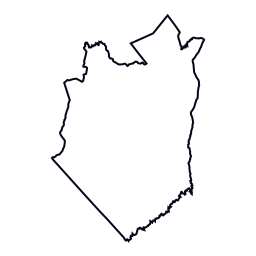 the district of Chepalungu, Rift Valley, Kenya
{"feature_id": "3690345B98705633113269", "entity_name": "Chepalungu", "entity_type": "district", "adm_level": 2, "iso_a3": "KEN", "parent_name": "Kenya", "parent_adm1": "Rift Valley", "projection": "equal_earth", "projection_center": [35.269, -0.895], "detail": "fine", "context": "isolated", "style": "outline", "palette": "ink", "viewbox_px": 256, "rotation_deg": 0, "n_neighbors": 0, "source": "geoboundaries", "source_scale": "gbopen_adm2", "svg_char_len": 5797}
<svg xmlns="http://www.w3.org/2000/svg" viewBox="0 0 256 256"><path d="M101.2,41.9L100.5,42.3L100.0,41.8L99.3,41.7L99.3,42.5L98.9,42.9L98.6,43.9L98.8,44.8L98.3,45.1L98.0,44.6L97.9,43.8L97.4,43.2L96.9,43.6L96.1,43.2L96.0,44.3L95.4,45.0L94.9,44.6L94.3,45.1L93.9,45.7L93.3,45.6L92.9,46.3L92.4,46.3L91.9,45.7L91.6,46.6L91.1,47.4L90.3,47.2L89.6,47.6L89.0,47.4L88.7,46.3L88.8,45.3L87.9,44.4L87.3,44.1L87.5,43.3L86.9,42.6L85.7,42.6L85.4,42.9L85.0,44.2L85.2,46.2L83.9,47.9L84.3,48.9L86.4,51.4L86.3,52.6L85.5,56.1L84.5,59.7L84.1,61.5L84.2,62.2L84.5,62.9L84.3,63.7L83.5,65.4L83.3,66.5L83.7,66.9L85.9,66.9L86.9,67.7L87.1,68.4L86.1,73.8L85.6,74.1L84.0,74.4L83.5,74.9L84.0,76.9L83.9,77.7L83.3,80.3L83.0,80.9L82.6,81.4L82.2,81.8L76.5,78.8L75.7,78.7L72.8,79.2L69.1,80.4L67.4,80.0L64.2,82.8L69.8,100.2L68.9,102.1L68.5,103.4L68.3,105.2L68.3,107.2L67.6,108.7L67.5,109.5L67.2,110.2L66.8,110.8L66.6,111.5L65.4,115.9L65.6,117.7L65.2,118.4L64.8,119.7L64.4,119.9L64.3,120.8L63.7,122.1L63.8,122.7L63.9,124.9L63.6,125.6L62.7,126.7L62.1,127.9L61.6,130.3L60.2,132.0L60.0,132.7L60.3,133.7L60.7,134.8L61.5,136.2L64.5,140.1L64.8,141.1L64.8,142.4L64.3,146.1L64.0,147.2L63.1,148.6L62.5,150.7L61.9,151.5L60.4,153.3L59.4,154.6L58.2,154.6L56.8,155.1L56.2,155.8L55.5,156.3L55.0,156.8L54.4,157.2L52.5,157.3L52.0,158.1L53.2,159.8L85.4,195.6L100.8,212.5L106.7,218.6L124.2,238.0L124.5,239.0L124.9,239.6L125.4,240.0L126.0,239.9L126.2,240.5L126.8,240.2L127.3,239.3L127.8,239.7L128.4,240.6L128.5,240.1L129.3,240.1L130.8,239.0L131.1,238.3L130.4,237.4L130.9,235.8L132.4,236.0L132.7,235.5L132.3,235.0L132.5,233.6L133.4,234.8L134.5,235.0L135.5,234.6L136.5,233.8L137.2,230.6L137.6,229.8L137.7,229.0L138.2,228.5L138.8,228.4L139.3,228.6L139.6,228.0L140.1,227.7L140.5,227.8L140.6,228.6L141.8,228.8L142.2,229.4L142.8,229.8L143.6,229.7L144.3,230.0L144.1,229.3L143.4,228.1L143.6,227.3L144.2,227.4L144.7,227.9L146.7,226.8L147.1,226.3L148.0,226.1L148.2,225.4L148.7,224.8L149.3,224.8L149.8,224.4L150.2,223.5L150.3,222.6L150.6,221.9L150.4,221.1L151.1,221.4L151.6,222.1L152.2,222.6L153.2,220.5L153.9,220.2L154.4,220.5L155.0,221.1L155.0,220.2L155.4,219.5L155.5,218.8L156.0,218.9L157.0,218.2L157.5,218.4L159.0,217.5L159.1,216.8L159.5,215.6L160.0,215.5L160.0,216.2L160.4,215.7L160.9,214.2L161.4,213.9L161.5,214.6L162.2,214.8L162.9,214.6L163.0,215.3L163.5,215.3L164.5,214.1L165.2,213.8L165.6,213.4L166.1,212.3L166.3,211.6L166.8,211.6L167.2,212.1L167.7,211.5L168.3,211.8L168.9,211.7L168.7,211.0L168.7,209.6L168.2,209.0L168.4,207.5L168.8,208.0L169.6,208.0L170.9,206.8L170.2,206.5L170.0,205.6L170.7,204.1L171.8,204.0L172.6,202.8L173.2,202.3L172.9,201.6L173.3,201.2L174.1,201.9L174.8,202.0L175.7,200.1L176.3,199.8L176.7,200.2L177.5,200.4L178.1,200.3L178.9,198.7L179.7,197.5L180.4,197.1L179.8,196.8L178.9,196.0L179.3,195.4L179.9,195.1L180.4,194.6L180.7,194.0L181.0,192.3L181.6,191.8L182.0,192.2L182.4,193.0L183.0,193.5L184.2,193.9L184.6,194.6L185.3,194.4L185.5,193.5L185.3,192.9L184.8,192.2L185.0,191.3L185.4,190.7L186.0,190.4L186.3,190.9L186.8,190.8L187.1,190.2L187.4,189.4L188.1,188.8L189.0,188.3L189.3,189.1L189.8,189.5L190.4,189.6L190.5,190.5L189.7,191.5L191.0,192.1L190.9,193.0L191.2,193.6L191.8,194.1L191.9,192.5L191.6,191.3L191.6,190.4L191.2,189.4L191.7,188.9L192.3,188.6L192.5,188.0L191.8,187.6L191.9,186.7L192.3,185.8L191.5,185.7L191.9,184.9L192.0,184.1L191.5,183.8L191.3,183.0L190.7,182.8L190.9,182.1L190.7,181.5L190.3,180.9L191.2,180.5L191.1,178.9L190.4,177.3L190.1,175.2L190.4,174.2L190.5,173.5L189.8,172.2L189.6,169.8L189.4,168.3L189.6,167.4L189.1,165.6L189.1,164.6L188.4,163.1L189.5,161.8L189.8,160.1L190.2,159.4L190.1,158.5L191.0,156.2L190.7,155.2L190.2,154.4L190.0,153.4L190.2,152.7L190.2,152.0L190.1,151.3L189.7,149.7L189.7,148.8L189.4,148.1L188.9,147.7L188.2,147.5L188.3,146.8L188.1,144.9L188.9,143.9L189.0,143.2L188.7,142.5L188.5,141.7L188.9,140.9L188.8,140.1L189.6,139.2L189.8,137.6L190.4,136.2L190.2,135.2L190.6,134.8L190.9,134.2L191.0,133.5L191.2,132.9L191.1,132.2L191.1,131.5L192.5,127.0L192.4,126.3L192.5,125.3L192.6,124.2L193.0,123.3L193.1,122.3L192.4,118.2L192.0,116.8L191.4,115.5L190.8,113.7L191.0,112.1L191.9,110.9L193.7,108.1L194.1,107.2L194.8,105.1L195.3,103.1L196.0,101.2L196.1,100.3L197.6,98.2L197.9,93.9L197.8,92.6L197.9,91.7L198.6,87.1L199.2,85.2L198.9,83.6L199.0,82.3L198.7,80.8L198.3,79.8L196.5,77.3L195.4,74.7L194.8,73.7L194.1,71.8L193.5,64.9L193.3,63.6L192.9,62.3L192.6,60.6L192.8,59.7L194.2,58.4L196.7,54.4L197.8,53.2L198.7,51.8L200.1,48.6L201.0,46.9L202.3,43.3L203.2,41.3L203.8,40.6L204.0,39.7L203.2,38.7L201.4,38.1L200.1,38.0L199.5,38.3L198.7,38.5L198.1,38.3L195.7,38.2L194.3,37.6L192.9,37.8L192.1,38.3L192.1,39.2L191.5,39.6L190.9,39.3L190.3,39.7L189.8,40.5L189.7,41.1L188.4,41.8L187.8,41.8L187.3,42.3L187.2,44.4L187.3,46.0L186.8,45.7L186.2,44.4L185.7,44.6L185.3,46.3L185.9,46.9L185.4,47.6L184.9,47.5L184.9,46.9L184.7,46.2L184.1,46.3L183.5,47.8L182.9,48.2L182.4,48.9L181.9,49.3L181.3,49.2L181.3,48.1L181.6,47.0L181.5,46.2L180.6,45.5L179.3,40.5L178.6,38.7L178.5,37.6L178.1,35.9L178.4,35.0L179.6,32.7L179.7,32.1L175.2,25.6L167.6,15.4L153.1,33.4L130.8,43.4L136.9,51.4L146.5,63.5L146.0,64.0L144.6,64.5L143.9,64.1L142.9,62.8L142.4,62.5L141.9,62.7L141.3,63.3L140.7,63.5L139.6,63.5L138.2,63.2L137.2,62.0L136.5,61.7L135.8,61.8L135.2,61.7L133.3,63.3L132.9,63.6L132.2,63.4L130.5,64.1L129.6,64.3L129.1,64.3L128.6,64.6L128.1,65.6L127.5,66.0L127.0,65.6L126.1,64.4L125.5,64.0L124.9,63.7L124.4,63.7L122.6,64.3L119.8,64.5L119.3,64.5L117.7,63.9L115.5,62.4L114.2,61.8L113.6,61.5L113.2,60.9L112.9,60.1L112.9,59.3L112.3,59.1L111.8,58.6L111.1,58.4L110.4,58.4L109.7,58.0L109.1,56.7L108.9,55.0L108.9,54.0L108.6,53.1L108.2,51.6L107.8,50.9L107.3,50.6L106.6,50.4L105.9,48.9L106.1,48.2L105.9,46.5L105.5,45.9L105.0,45.6L104.5,44.0L104.0,44.1L103.4,43.8L102.7,43.6L102.1,42.9L101.5,42.6L101.2,41.9Z" fill="none" stroke="#020617" stroke-width="2"/></svg>